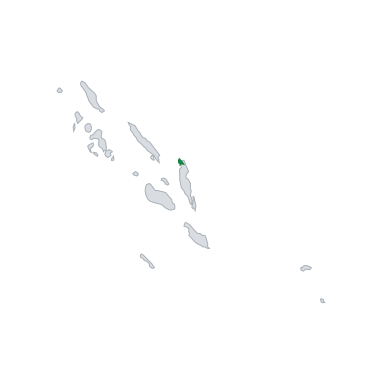 North Malaita, Malaita, Solomon Islands shown in context, rotated 13°
{"feature_id": "97153195B19002980300101", "entity_name": "North Malaita", "entity_type": "district", "adm_level": 2, "iso_a3": "SLB", "parent_name": "Solomon Islands", "parent_adm1": "Malaita", "projection": "natural_earth1", "projection_center": [160.61, -8.382], "detail": "fine", "context": "in_parent", "style": "filled", "palette": "green", "viewbox_px": 384, "rotation_deg": 13, "n_neighbors": 0, "source": "geoboundaries", "source_scale": "gbopen_adm2", "svg_char_len": 4721}
<svg xmlns="http://www.w3.org/2000/svg" viewBox="0 0 384 384"><g transform="rotate(13 192 192)"><path d="M149.7,193.6L155.8,198.8L158.4,198.3L166.3,198.4L171.0,202.0L173.7,203.7L175.3,207.0L177.2,207.7L178.4,209.4L179.0,212.5L176.1,214.1L174.4,214.6L169.8,213.5L165.4,211.1L156.6,210.8L152.6,210.2L151.2,209.3L149.9,208.1L147.8,205.2L146.2,201.9L145.9,199.9L145.8,196.2L146.3,194.9L148.0,193.5L149.7,193.6ZM177.1,163.1L183.9,172.6L183.7,174.3L182.7,175.3L182.5,178.5L183.3,179.8L185.2,180.3L188.4,183.7L189.7,189.2L191.0,191.1L191.1,195.0L194.1,200.6L194.3,203.2L194.1,204.4L192.8,203.7L189.2,197.5L185.1,194.8L184.7,193.6L180.5,189.9L177.7,183.8L174.7,172.8L176.2,170.3L172.8,164.9L172.9,163.5L175.4,163.8L175.8,163.2L177.1,163.1ZM152.4,167.8L153.3,170.8L149.6,168.2L146.8,164.9L138.8,161.4L137.1,159.5L135.7,159.3L131.6,156.4L127.6,154.4L124.5,150.7L123.0,150.1L120.5,147.3L118.0,145.4L117.2,141.9L114.8,139.6L114.2,138.5L121.8,140.4L125.3,144.2L128.3,146.3L129.4,147.9L132.1,150.0L134.5,150.2L137.0,152.3L139.2,152.9L141.0,154.0L152.3,163.5L150.9,166.0L152.4,167.8ZM203.6,229.2L207.0,231.1L209.0,230.7L212.0,232.0L214.3,231.3L215.7,233.0L219.2,239.5L219.3,241.6L221.6,243.1L219.6,243.4L216.9,242.6L214.7,243.1L212.5,241.9L208.8,241.2L205.5,239.7L198.7,234.9L198.8,232.5L197.7,231.3L197.3,228.4L194.9,227.4L192.0,227.2L191.8,225.8L192.3,223.3L194.5,223.4L197.0,224.4L203.6,229.2ZM87.5,131.7L88.4,132.8L86.3,134.8L83.5,133.7L82.8,132.1L80.8,132.4L77.0,131.5L71.5,126.9L65.8,118.4L60.2,113.6L59.2,112.1L59.1,109.7L59.8,108.7L63.2,109.7L67.7,113.7L75.0,117.7L77.0,119.8L78.2,124.8L79.5,126.3L83.4,130.1L87.5,131.7ZM95.2,160.8L96.9,163.4L98.9,169.2L98.5,171.2L97.1,171.3L96.7,172.6L94.8,169.8L92.2,169.0L90.4,167.3L89.5,161.7L88.1,161.3L83.9,161.8L82.5,163.7L80.6,163.1L80.2,161.4L80.5,159.8L83.0,158.2L83.6,156.1L86.1,152.6L87.7,152.0L90.6,153.3L91.0,158.3L92.1,160.0L95.2,160.8ZM172.4,274.2L170.5,275.3L168.7,274.7L167.4,273.9L166.3,271.4L164.0,269.9L160.7,269.3L159.0,267.7L156.7,267.2L156.0,265.9L156.2,264.5L156.6,263.8L158.7,264.4L168.9,270.9L172.4,274.2ZM65.6,150.6L65.1,151.0L64.2,149.3L63.5,148.8L63.5,146.9L60.8,143.7L60.5,141.6L62.1,139.5L64.3,140.7L66.4,143.4L68.9,144.2L68.4,146.0L66.2,149.1L65.6,150.6ZM79.5,155.7L78.3,157.0L75.3,156.8L73.1,153.5L73.1,151.1L74.9,148.8L77.0,148.5L78.2,149.3L79.3,151.2L79.7,153.6L79.5,155.7ZM104.7,174.9L102.0,177.4L100.0,176.5L98.4,174.4L99.2,171.1L100.8,170.4L101.6,169.3L104.6,170.2L105.3,170.8L103.6,172.4L104.5,173.7L104.7,174.9ZM324.5,241.0L320.0,241.7L318.3,244.0L315.9,243.7L315.2,241.9L315.2,240.9L316.4,241.1L317.1,239.3L318.4,238.3L321.6,237.9L325.3,238.9L324.5,240.6L324.5,241.0ZM199.0,204.9L199.2,209.5L197.1,207.0L196.1,207.9L195.2,206.7L195.4,201.3L194.0,196.2L195.2,196.7L199.0,204.9ZM84.9,175.8L84.9,176.3L83.4,175.4L80.1,171.1L80.7,169.6L83.7,166.8L84.7,166.5L85.5,168.2L84.8,170.8L83.8,171.4L83.4,173.8L84.9,175.8ZM161.2,184.8L163.5,185.2L167.7,189.4L166.8,190.7L164.8,190.1L164.1,190.3L163.5,188.9L161.4,187.6L159.5,187.5L159.2,186.0L161.2,184.8ZM134.3,188.9L131.1,188.4L130.1,187.3L131.3,185.8L132.7,184.7L134.0,185.6L135.4,185.9L135.6,187.9L134.3,188.9ZM42.3,124.3L39.5,125.0L37.8,124.0L38.6,121.6L39.5,120.3L43.0,122.6L42.3,124.3ZM148.0,169.3L146.7,169.7L144.7,168.5L143.9,167.4L144.3,165.8L145.4,165.2L146.7,166.3L146.9,167.4L148.0,169.3ZM346.2,269.9L343.8,270.5L342.8,270.3L341.2,267.6L342.4,266.9L344.2,267.2L344.7,268.8L346.2,269.9ZM92.0,177.3L91.9,178.4L90.3,178.0L86.8,176.3L86.7,175.6L88.7,175.3L90.2,175.5L92.0,177.3ZM63.6,156.1L63.0,159.3L61.6,155.4L61.9,152.1L62.4,151.7L63.6,156.1ZM108.7,178.5L106.6,179.4L106.0,178.1L107.5,174.7L108.7,178.5Z" fill="#d9dde1" stroke="#a8b0b8" stroke-width="1"/><path d="M174.5,167.8L174.6,167.7L175.1,166.9L175.3,166.6L177.3,166.7L175.7,165.1L175.3,164.9L175.2,164.8L175.1,164.7L175.0,164.8L175.0,164.7L174.9,164.6L174.7,164.5L174.6,164.4L174.4,164.3L174.2,164.3L174.2,164.2L173.9,164.1L173.7,164.1L173.4,164.0L173.4,163.9L173.3,163.7L173.2,163.7L172.9,163.6L172.7,163.5L172.4,163.6L172.2,163.6L172.0,163.8L171.9,163.9L171.9,164.0L172.0,164.3L172.0,164.5L172.2,164.8L172.3,164.8L172.3,165.0L172.3,165.3L172.4,165.5L172.5,165.6L172.7,165.8L172.8,165.9L172.9,166.0L172.7,166.1L172.7,165.9L172.6,166.0L172.8,166.2L172.8,166.3L173.0,166.3L173.0,166.2L173.1,166.3L173.2,166.5L173.3,166.5L173.5,166.6L173.8,166.7L173.8,166.8L174.0,166.9L174.0,167.0L174.3,167.3L174.3,167.6L174.4,167.8L174.5,167.8L174.5,167.7L174.5,167.8L174.5,167.8ZM172.8,163.1L172.7,163.1L172.7,162.9L172.5,162.7L172.4,162.7L172.2,162.7L172.2,162.8L172.3,162.9L172.3,163.0L172.5,163.2L172.7,163.3L172.7,163.2L172.8,163.2L172.8,163.1ZM174.1,167.3L174.1,167.2L174.1,167.3L174.1,167.3Z" fill="#22c55e" stroke="#15803d" stroke-width="1.5"/></g></svg>